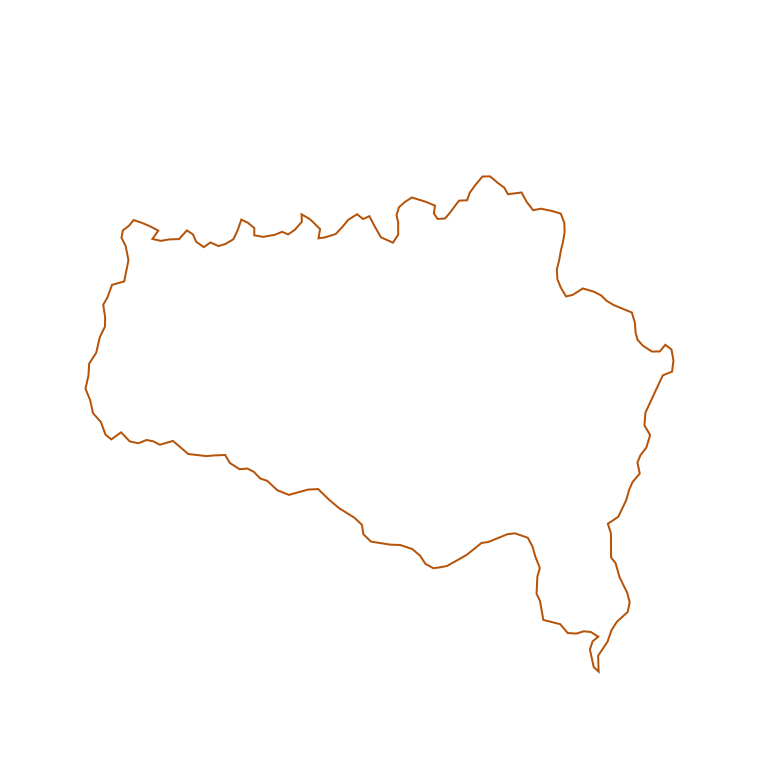 Campo do Tenente, Paraná, Brazil (Albers equal-area conic projection), rotated 14°
{"feature_id": "56859067B28221247728736", "entity_name": "Campo do Tenente", "entity_type": "district", "adm_level": 2, "iso_a3": "BRA", "parent_name": "Brazil", "parent_adm1": "Paraná", "projection": "albers", "projection_center": [-49.655, -25.98], "detail": "fine", "context": "isolated", "style": "outline", "palette": "amber", "viewbox_px": 768, "rotation_deg": 14, "n_neighbors": 0, "source": "geoboundaries", "source_scale": "gbopen_adm2", "svg_char_len": 2588}
<svg xmlns="http://www.w3.org/2000/svg" viewBox="0 0 768 768"><g transform="rotate(14 384 384)"><path d="M660.5,302.3L659.2,291.3L654.6,281.0L647.5,277.9L643.7,285.7L636.1,287.7L625.9,284.2L619.2,279.6L615.6,273.1L612.6,263.8L607.2,254.7L595.4,253.0L587.7,251.8L580.0,249.5L573.2,245.5L565.0,243.6L553.8,243.2L545.6,251.8L539.5,255.0L532.4,247.9L526.9,240.4L524.0,231.0L524.0,221.2L523.3,211.2L523.3,203.0L522.5,192.8L520.0,184.1L514.3,175.9L505.2,175.5L493.9,175.9L486.7,179.3L478.3,172.7L471.1,164.9L458.4,169.9L453.2,164.4L445.7,161.3L436.7,156.9L429.3,158.9L424.3,169.2L420.9,177.8L420.2,185.6L412.4,188.0L409.5,194.8L406.4,202.2L403.2,208.6L396.1,210.9L391.2,206.5L390.3,198.6L380.4,197.1L365.9,196.3L360.0,202.6L355.7,208.9L355.3,217.2L358.6,223.5L361.6,235.6L358.5,244.7L345.5,242.4L336.5,232.9L329.2,224.7L323.8,229.0L316.8,225.8L309.6,233.3L305.5,241.9L300.8,250.2L291.5,255.9L285.2,258.5L284.5,249.1L272.5,242.1L263.0,239.3L265.0,246.4L260.3,255.8L254.8,262.0L248.3,261.0L242.0,265.6L231.1,270.5L222.1,271.1L220.5,264.1L213.0,260.5L205.8,259.0L204.9,269.6L202.9,279.9L196.3,286.5L190.0,290.2L181.4,288.6L176.0,294.8L167.3,291.4L162.4,285.0L155.6,282.7L150.0,293.0L140.4,295.7L132.9,299.1L124.2,299.3L127.9,289.8L119.9,287.8L110.9,286.3L101.4,285.5L98.2,292.2L93.5,298.1L93.9,305.6L100.0,312.7L106.1,325.7L107.1,347.3L96.1,353.6L94.8,366.5L92.4,375.0L97.3,386.8L99.4,395.8L96.9,407.2L97.2,423.3L93.0,435.6L95.2,447.4L95.5,460.8L102.7,470.6L108.7,482.7L118.5,489.4L126.0,500.5L132.8,503.7L140.6,494.5L151.2,501.2L160.1,500.9L167.1,495.8L173.8,495.4L181.2,497.2L192.9,490.3L199.9,493.7L210.9,499.3L229.3,496.9L235.8,494.6L247.1,491.3L253.4,497.9L264.5,501.6L271.9,499.1L278.9,500.7L286.7,505.6L294.1,506.2L306.2,512.9L318.5,514.6L335.9,504.8L345.5,501.9L359.3,509.9L370.6,515.4L387.6,520.9L396.7,526.0L400.3,534.7L409.5,540.1L429.2,538.3L438.6,536.3L451.3,537.3L460.5,541.8L467.6,548.4L476.4,550.8L482.5,548.4L489.2,545.3L505.4,530.0L517.1,514.6L523.2,512.2L540.1,499.9L547.2,497.2L560.7,498.4L567.3,505.6L572.7,515.0L579.7,524.8L579.4,533.9L582.8,550.7L587.8,556.7L595.7,574.4L605.6,574.4L613.0,574.4L622.5,581.2L631.1,579.6L637.7,575.6L644.7,574.6L653.0,577.3L648.7,583.2L648.0,591.8L656.0,608.0L661.8,611.1L657.5,595.8L663.2,580.1L664.3,567.8L667.5,558.3L675.6,546.2L675.2,536.4L670.4,527.6L665.7,522.1L659.4,514.6L652.0,501.7L646.3,497.4L640.3,474.0L635.0,465.4L643.4,456.2L647.1,438.3L647.5,427.2L648.9,419.0L653.8,409.0L648.9,398.9L650.0,391.3L653.9,382.3L654.6,369.2L646.7,361.1L644.6,348.5L652.4,308.2L660.5,302.3Z" fill="none" stroke="#b45309" stroke-width="2"/></g></svg>